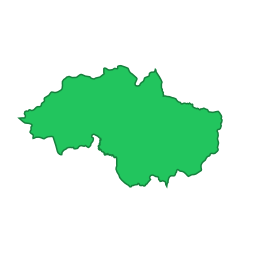 outline of Rueso, Narathiwat, Thailand, rotated 55°
{"feature_id": "78962969B48534780184393", "entity_name": "Rueso", "entity_type": "district", "adm_level": 2, "iso_a3": "THA", "parent_name": "Thailand", "parent_adm1": "Narathiwat", "projection": "mercator", "projection_center": [101.513, 6.372], "detail": "fine", "context": "isolated", "style": "filled", "palette": "green", "viewbox_px": 256, "rotation_deg": 55, "n_neighbors": 0, "source": "geoboundaries", "source_scale": "gbopen_adm2", "svg_char_len": 5818}
<svg xmlns="http://www.w3.org/2000/svg" viewBox="0 0 256 256"><g transform="rotate(55 128 128)"><path d="M171.3,44.5L167.8,44.3L166.1,44.6L165.3,46.2L164.2,48.9L163.7,49.8L161.2,52.5L160.2,52.6L159.2,52.4L158.2,52.6L157.2,53.5L155.7,54.2L155.2,54.7L154.9,56.2L154.2,57.3L154.1,57.7L154.4,58.4L154.0,59.0L152.5,59.3L151.7,59.9L151.7,60.3L151.3,60.9L150.7,61.1L150.1,61.7L148.6,62.5L147.0,62.7L146.8,62.5L146.5,61.9L145.8,61.6L145.5,61.6L144.8,62.9L142.9,63.3L142.9,64.7L142.0,65.2L141.7,66.2L140.3,67.2L139.8,67.9L139.3,69.8L138.8,70.5L137.1,70.5L135.6,71.7L134.7,72.0L133.0,72.2L131.5,72.1L129.6,73.4L128.3,74.6L127.2,75.3L126.1,76.1L124.5,78.0L123.2,79.1L122.1,80.7L121.3,79.9L121.0,79.8L120.4,79.7L119.9,79.5L119.3,78.8L117.0,78.6L116.1,77.8L114.4,77.6L114.0,77.4L111.4,75.6L110.6,74.8L110.2,74.1L109.8,73.8L107.0,73.3L104.1,73.0L98.1,72.8L96.7,72.0L96.4,71.9L95.7,72.0L96.7,73.2L97.1,74.2L96.9,75.0L95.7,76.9L95.5,77.9L95.6,79.0L95.8,79.3L97.2,80.5L97.5,81.4L96.6,85.0L96.6,85.6L96.7,86.0L97.6,87.0L98.3,88.1L98.6,89.2L98.5,91.0L98.7,91.9L99.1,93.0L99.8,94.0L99.4,95.6L98.6,96.7L97.6,97.3L97.0,97.4L96.2,97.1L95.5,96.6L95.2,96.2L93.4,93.1L92.7,92.4L91.8,92.3L86.2,93.6L85.0,94.1L83.8,94.4L82.5,94.4L81.1,94.2L80.2,93.9L79.1,93.8L78.0,94.4L76.2,95.6L73.2,97.8L72.5,98.6L71.8,100.1L71.7,101.0L71.9,101.3L73.2,102.2L73.3,102.7L73.0,103.2L72.0,104.2L71.4,105.0L71.4,107.1L70.2,109.5L69.5,110.4L69.1,110.8L67.9,111.3L66.4,111.9L65.5,112.8L65.4,113.2L65.5,113.7L68.7,116.0L69.7,116.3L69.9,116.6L70.2,121.4L70.1,122.0L68.7,125.5L68.5,126.1L68.5,127.5L68.3,127.8L66.9,129.1L65.9,129.7L64.6,129.8L64.0,130.1L60.9,133.3L59.5,134.1L57.6,135.3L57.1,136.0L56.9,136.8L56.9,138.8L57.0,140.4L56.9,141.3L56.5,142.0L54.6,144.9L52.0,146.7L51.2,149.0L51.5,150.7L51.5,152.8L52.3,155.0L54.0,156.3L55.4,157.1L57.7,159.1L58.1,159.6L58.3,160.2L58.5,161.3L58.3,164.0L58.1,165.2L57.7,166.3L57.1,167.5L54.8,169.8L54.7,170.4L54.7,170.8L55.7,173.7L55.8,174.4L55.5,179.0L55.8,179.6L56.2,180.0L57.7,180.7L58.0,181.0L58.2,181.5L58.3,182.3L58.3,184.4L58.8,185.3L59.4,185.7L59.8,186.2L60.0,186.8L60.0,187.9L58.7,189.8L58.5,190.6L58.5,191.4L59.1,194.7L58.9,195.7L58.5,196.8L57.9,197.3L56.9,197.9L56.6,198.3L56.5,199.0L56.8,199.6L56.8,200.3L56.4,201.0L55.8,201.5L55.5,203.0L56.9,204.7L57.4,204.8L58.7,204.8L59.6,205.4L60.2,206.1L60.5,206.6L60.3,207.2L59.0,209.0L57.5,211.6L62.3,210.4L64.8,209.5L67.5,206.4L69.1,205.2L70.3,204.9L71.2,205.5L71.4,206.5L72.1,207.3L73.4,208.0L74.2,208.9L74.5,209.8L75.2,210.6L76.4,210.6L78.9,209.7L80.2,210.1L81.3,211.3L82.1,211.7L82.5,210.6L82.8,208.7L84.4,206.2L86.3,204.6L88.0,203.6L88.7,202.9L88.8,200.9L89.2,198.7L90.9,195.7L91.6,194.9L92.5,194.5L100.9,197.1L106.6,199.2L108.3,199.5L110.1,199.1L111.2,198.5L111.8,197.6L111.3,197.0L110.2,196.2L109.4,193.6L109.4,192.7L109.7,190.7L109.5,189.2L109.7,188.3L110.8,186.4L111.9,185.2L112.7,183.8L114.0,184.1L114.3,183.8L114.7,183.3L115.7,181.2L115.7,180.6L115.1,179.0L115.1,177.6L115.9,176.0L117.1,175.1L117.9,174.1L117.9,173.0L120.9,171.8L121.2,171.6L121.3,171.2L121.1,169.7L120.8,168.6L119.4,167.1L119.2,166.2L118.6,164.4L117.7,163.2L116.9,162.5L116.2,162.2L115.8,162.3L115.2,162.8L114.6,162.8L113.8,162.3L113.2,161.6L113.2,160.3L113.5,159.6L114.0,159.2L115.6,158.4L117.1,157.5L120.1,156.9L120.7,156.6L120.9,156.4L121.6,156.8L122.2,156.9L122.3,157.1L122.3,157.4L121.7,157.5L121.7,157.9L123.8,159.2L124.2,160.2L124.7,160.1L124.9,160.7L125.2,160.5L125.7,160.6L125.9,161.7L125.6,162.3L126.1,162.7L126.5,162.8L126.5,163.1L126.8,163.1L127.1,162.9L127.7,163.0L127.8,163.7L128.7,163.3L128.7,164.0L128.8,164.2L129.2,164.0L129.5,164.0L129.7,163.9L129.9,163.6L129.9,162.7L130.1,162.6L130.8,162.8L132.1,162.9L133.0,162.5L133.5,161.9L134.0,161.8L134.5,161.8L135.0,162.1L135.1,161.9L134.9,161.7L135.2,161.6L135.4,161.6L135.7,162.2L136.0,162.5L136.8,162.5L137.0,162.2L136.9,161.9L137.1,161.6L136.9,161.1L136.9,160.7L137.6,160.6L137.8,160.3L137.4,159.6L137.4,159.2L137.6,159.2L138.1,159.4L138.8,159.2L139.3,158.3L139.9,158.5L140.1,158.2L140.1,157.5L140.8,157.0L141.0,156.5L141.5,156.9L141.7,157.0L141.8,155.9L142.4,156.0L143.0,155.8L143.5,156.2L144.4,156.1L144.9,155.2L144.8,154.8L145.0,154.4L146.0,154.5L147.8,155.6L150.6,157.6L152.5,158.8L153.6,160.3L154.9,161.4L157.9,162.2L161.3,162.4L163.9,163.2L166.9,163.0L171.2,162.1L174.3,160.9L174.9,160.5L177.4,160.1L177.9,159.0L177.4,158.0L177.5,157.5L178.0,157.1L178.3,155.6L178.8,154.4L179.6,153.0L179.7,152.6L179.2,151.5L179.9,151.0L181.4,151.2L182.1,151.0L182.4,150.5L182.8,150.1L183.2,149.1L184.2,148.3L184.7,148.2L185.0,147.4L185.0,146.6L184.4,146.1L184.3,145.9L184.6,145.0L184.6,144.5L184.0,142.9L183.1,139.1L181.7,139.1L180.6,138.4L180.1,137.2L180.0,136.6L180.1,135.9L180.5,135.1L181.1,134.4L183.8,133.0L184.8,131.7L185.2,131.5L186.3,131.5L187.6,132.3L188.1,132.4L188.6,132.0L189.9,132.3L190.2,132.3L190.8,131.0L191.1,129.7L192.3,129.0L193.1,128.4L194.4,128.6L196.1,129.5L198.0,129.7L195.9,127.7L195.6,126.5L194.1,125.4L193.5,124.7L192.3,123.2L191.8,122.0L191.7,120.7L192.2,119.6L193.5,117.9L193.7,117.0L193.2,116.0L192.1,114.5L191.9,113.6L191.2,112.9L190.5,112.0L190.6,111.0L191.4,110.6L192.5,110.4L193.3,109.9L194.6,108.5L195.6,107.8L196.6,107.4L198.7,106.9L201.1,106.6L202.2,106.3L202.5,104.9L202.7,103.1L203.0,102.2L204.0,100.6L204.6,98.7L204.8,92.4L204.2,91.7L202.4,90.9L200.7,89.8L200.0,89.0L199.3,87.7L199.0,86.9L198.8,85.7L198.6,83.1L197.6,81.3L197.0,79.4L197.2,78.4L197.5,77.5L197.4,76.6L196.7,75.9L196.4,75.0L196.8,73.9L198.1,72.5L198.6,71.3L198.3,68.3L197.9,67.1L197.1,66.4L195.2,65.9L193.1,63.4L192.2,62.5L191.4,62.1L188.2,61.0L187.5,60.3L186.1,58.6L185.3,58.1L183.6,57.1L181.6,56.8L181.0,56.0L180.8,55.2L181.4,54.0L181.4,52.7L179.7,50.4L178.0,49.8L177.3,49.3L177.2,49.0L177.4,48.5L175.9,46.8L175.0,46.3L174.2,46.4L173.5,46.1L173.2,45.6L172.3,44.8L171.3,44.5Z" fill="#22c55e" stroke="#15803d" stroke-width="1.5"/></g></svg>